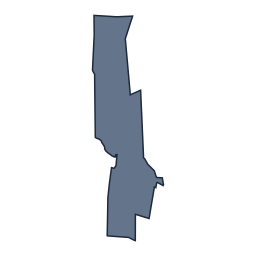 Santo Domingo Chihuitán, Oaxaca, Mexico
{"feature_id": "50627088B14972424911021", "entity_name": "Santo Domingo Chihuitán", "entity_type": "district", "adm_level": 2, "iso_a3": "MEX", "parent_name": "Mexico", "parent_adm1": "Oaxaca", "projection": "equal_earth", "projection_center": [-95.174, 16.63], "detail": "fine", "context": "isolated", "style": "filled", "palette": "slate", "viewbox_px": 256, "rotation_deg": 0, "n_neighbors": 0, "source": "geoboundaries", "source_scale": "gbopen_adm2", "svg_char_len": 1177}
<svg xmlns="http://www.w3.org/2000/svg" viewBox="0 0 256 256"><path d="M132.6,16.1L116.8,16.8L94.0,15.4L94.2,35.0L92.5,69.8L92.7,70.9L93.9,73.1L94.6,74.0L95.3,137.4L96.2,138.0L97.2,138.4L98.7,139.0L99.8,139.6L100.7,140.3L101.4,141.2L101.7,142.4L102.2,143.1L103.4,144.9L104.3,146.2L104.6,147.5L104.7,148.4L104.8,149.3L105.3,150.1L105.5,150.3L105.8,151.0L106.8,151.9L107.5,152.5L108.7,153.5L110.0,154.2L111.3,155.4L112.4,156.0L114.3,157.0L115.3,157.0L115.6,156.7L115.3,155.8L115.7,154.9L116.3,154.5L116.7,154.5L117.0,154.6L116.0,165.7L114.1,168.3L112.2,167.8L111.5,167.6L111.3,169.5L111.0,171.4L110.7,173.9L110.5,175.0L110.3,176.5L110.3,176.9L110.1,178.4L109.8,180.3L109.8,180.5L109.5,182.6L109.2,185.1L109.0,187.1L108.8,189.0L107.9,197.5L107.2,235.7L107.7,235.9L118.7,236.7L128.6,237.4L134.3,240.3L135.3,240.6L135.4,214.3L149.1,218.5L149.1,218.2L149.2,217.7L154.4,186.9L155.7,187.4L155.8,187.5L156.6,183.5L156.7,182.8L157.3,182.4L159.2,183.4L163.1,185.6L163.5,184.9L162.3,177.8L158.4,177.6L156.4,177.4L154.3,170.8L147.8,164.3L144.6,158.7L143.6,157.9L143.5,156.4L143.5,156.0L140.6,90.2L130.3,94.8L125.3,38.7L132.6,16.1Z" fill="#64748b" stroke="#1e293b" stroke-width="1.5"/></svg>